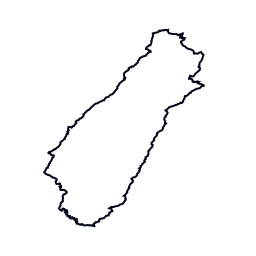 Sai Yok, Kanchanaburi, Thailand (Equal Earth projection), rotated 254°
{"feature_id": "78962969B26028425570589", "entity_name": "Sai Yok", "entity_type": "district", "adm_level": 2, "iso_a3": "THA", "parent_name": "Thailand", "parent_adm1": "Kanchanaburi", "projection": "equal_earth", "projection_center": [98.933, 14.238], "detail": "fine", "context": "isolated", "style": "outline", "palette": "ink", "viewbox_px": 256, "rotation_deg": 254, "n_neighbors": 0, "source": "geoboundaries", "source_scale": "gbopen_adm2", "svg_char_len": 5762}
<svg xmlns="http://www.w3.org/2000/svg" viewBox="0 0 256 256"><g transform="rotate(254 128 128)"><path d="M173.4,132.3L171.5,130.6L170.7,129.0L169.4,129.0L168.9,128.6L167.2,125.8L166.2,124.9L165.6,123.3L164.8,122.5L164.7,120.0L163.3,117.7L163.5,115.6L162.4,113.7L161.2,112.8L161.6,111.6L161.1,110.5L160.9,107.8L160.2,105.6L160.3,103.7L160.0,102.6L157.5,97.5L156.1,95.3L156.0,93.6L155.0,92.3L154.6,90.8L153.5,89.8L153.4,88.8L152.0,88.6L151.4,88.1L150.9,86.4L150.2,85.9L150.4,84.5L149.7,83.1L149.0,82.5L149.3,81.3L148.9,79.8L148.5,79.4L146.9,79.7L146.2,77.8L144.8,76.9L145.1,75.2L144.0,74.4L143.9,73.8L145.0,72.6L145.4,71.4L145.3,70.9L143.5,70.1L142.3,70.5L142.1,69.6L140.8,69.4L141.1,68.8L140.8,68.5L139.6,68.8L138.9,68.4L139.2,68.1L138.9,67.1L137.1,66.2L136.1,64.5L134.9,64.3L134.9,63.5L134.1,62.2L133.2,59.5L132.7,59.0L131.5,58.8L130.0,57.4L129.0,55.6L128.5,53.7L127.6,52.4L127.9,51.2L127.3,50.6L127.2,49.2L126.6,48.4L126.7,45.6L126.0,44.6L125.4,45.0L125.3,45.9L124.7,46.4L123.5,46.5L122.4,48.2L122.3,49.0L121.7,49.1L120.5,48.2L120.6,47.6L120.4,47.2L118.1,45.6L116.3,43.3L115.6,43.2L115.2,42.1L114.2,42.0L113.9,41.1L111.9,40.0L112.0,38.7L109.6,36.7L109.1,35.7L108.2,35.2L105.6,37.3L104.8,38.3L104.7,38.9L103.6,40.1L101.3,41.9L100.3,43.6L98.8,45.2L97.6,45.2L97.5,44.6L95.8,43.5L94.0,43.8L93.4,45.3L93.7,46.6L93.2,47.3L91.0,47.3L90.7,46.6L90.2,47.6L89.5,47.2L89.7,46.3L89.5,46.1L87.1,46.1L86.8,46.6L86.8,47.8L86.3,48.4L86.0,49.6L84.4,51.0L83.3,51.5L82.5,51.0L82.5,50.2L81.8,49.4L81.9,47.8L80.7,46.6L79.4,46.1L78.3,46.3L77.2,45.4L75.6,45.3L74.7,43.2L73.6,42.2L72.3,41.9L69.9,39.6L69.1,39.6L66.7,41.2L67.0,42.2L68.5,42.8L68.6,43.3L67.7,44.5L66.5,44.5L65.8,46.5L65.2,46.8L64.3,46.6L65.1,46.0L64.9,45.3L64.3,45.1L64.4,44.2L63.2,44.6L63.2,45.6L62.7,45.3L62.9,44.9L62.3,44.8L62.4,43.8L61.8,45.5L61.3,45.7L60.5,45.4L60.2,46.3L59.6,46.2L59.5,46.9L59.0,47.4L59.5,47.8L59.4,48.0L58.6,48.0L58.2,47.1L57.7,47.2L58.2,48.1L57.5,48.3L57.9,48.5L57.4,49.0L57.5,49.8L57.1,49.9L57.2,50.2L56.8,50.4L56.4,50.3L56.2,51.2L55.4,50.7L54.8,51.1L55.1,52.5L54.2,52.8L54.5,53.5L53.8,53.5L53.3,53.0L52.6,53.3L52.7,52.3L52.2,52.5L51.8,51.9L51.3,52.0L50.9,52.7L50.0,52.6L49.8,53.7L48.6,54.7L48.3,56.9L47.9,56.6L47.6,57.9L46.9,58.4L46.3,59.4L45.8,62.6L45.2,63.5L45.2,64.1L44.7,64.8L44.8,65.5L43.8,66.9L43.6,67.6L43.0,68.6L43.7,68.8L44.9,68.2L45.7,69.2L45.8,70.3L46.5,71.2L45.9,72.0L46.2,72.7L46.1,74.6L47.6,74.8L48.2,75.4L48.4,77.5L48.0,78.6L48.0,80.1L49.4,82.3L49.6,83.6L49.3,85.2L50.6,85.9L50.9,86.7L51.6,86.7L51.8,87.5L52.3,88.3L52.3,90.1L55.3,89.7L55.6,88.3L56.0,87.9L56.4,90.0L56.7,90.2L56.1,92.5L56.1,95.8L55.8,97.2L56.7,99.4L56.5,100.6L56.7,102.1L57.7,103.4L57.7,103.8L59.2,105.1L59.3,105.7L60.4,106.4L61.3,106.0L62.6,106.6L63.3,106.3L63.9,105.4L64.4,106.7L66.5,109.7L67.3,109.6L69.4,111.7L69.8,112.7L70.9,112.6L72.1,113.6L73.8,115.2L73.9,116.0L74.8,117.7L76.0,118.3L76.9,117.9L77.1,117.5L78.4,117.3L79.0,119.6L79.0,121.7L80.1,123.7L81.4,124.1L82.5,126.2L83.2,127.0L83.9,127.0L84.6,128.0L85.4,128.4L86.0,127.6L86.4,128.1L86.5,128.9L87.6,129.9L88.1,129.7L88.4,130.9L89.2,131.5L91.0,135.0L92.0,134.6L92.3,135.1L92.8,135.2L93.4,136.6L94.2,136.4L95.2,137.0L95.7,139.4L96.4,139.5L97.1,140.4L100.2,141.1L100.5,142.4L101.1,142.6L103.4,146.2L104.8,147.1L105.9,146.1L106.8,146.3L107.8,147.3L109.0,149.8L110.2,149.7L112.0,151.8L112.3,152.9L112.9,153.5L114.0,154.4L114.4,154.1L114.9,154.2L116.0,157.0L116.6,160.2L117.5,161.3L118.9,161.7L120.0,163.3L121.3,164.3L121.9,165.7L122.8,165.0L123.8,165.5L126.4,165.2L128.0,166.1L128.6,167.5L129.5,167.6L130.3,169.1L131.8,170.3L133.5,169.8L134.4,168.9L134.7,168.9L135.1,170.7L136.6,173.3L136.8,179.4L137.1,180.4L136.8,181.7L137.3,182.6L137.3,184.0L137.8,185.6L137.7,186.1L137.3,186.3L137.4,187.1L137.6,187.6L139.1,188.6L141.5,190.9L142.8,191.3L143.1,191.7L142.7,193.0L143.2,194.6L144.8,197.1L144.5,198.1L145.6,198.9L146.2,201.8L146.2,202.7L146.8,204.4L146.5,207.2L146.8,208.6L147.9,210.5L148.0,211.7L147.6,212.4L148.0,212.6L149.3,211.4L150.6,209.1L151.5,208.3L151.8,207.4L152.4,207.3L152.7,208.5L153.0,207.8L153.6,207.8L153.7,206.8L153.4,206.0L153.7,205.6L153.9,204.1L154.5,203.3L154.8,203.5L155.2,203.1L155.4,203.4L155.9,203.0L156.9,203.1L158.3,201.6L158.4,200.2L158.7,200.2L161.2,202.2L160.9,202.8L160.1,203.1L159.6,205.2L160.0,206.0L161.4,207.2L164.0,212.9L165.8,213.8L167.1,212.7L167.6,212.7L168.4,214.0L169.2,213.9L171.2,215.2L173.0,217.7L177.6,220.8L179.1,219.6L180.8,219.3L180.8,217.0L180.2,215.9L180.4,214.8L181.1,213.7L181.3,212.0L184.1,212.2L185.8,210.6L188.3,206.7L190.7,205.3L192.2,203.5L194.4,203.1L195.3,202.4L196.2,202.5L196.7,203.3L196.7,204.0L197.2,204.7L197.4,206.2L198.1,206.1L198.2,206.8L198.9,206.5L199.0,206.8L199.8,205.1L199.6,204.7L199.7,204.2L200.6,203.5L200.6,203.0L200.9,203.0L201.5,203.3L201.6,204.3L202.0,204.3L201.8,205.2L202.3,205.2L202.5,204.7L203.3,206.2L203.1,206.4L203.4,206.7L203.9,206.7L203.6,204.8L203.7,203.0L203.4,201.8L204.9,200.6L205.9,197.1L207.7,193.7L208.5,193.3L210.7,192.9L211.3,193.4L211.5,191.7L212.2,190.5L212.0,189.0L212.7,187.3L212.3,186.0L213.0,184.8L212.1,184.0L211.9,183.3L211.8,182.2L212.2,180.7L211.7,179.6L212.2,178.9L212.1,177.9L209.3,177.3L206.8,175.4L205.5,175.0L205.3,174.5L204.2,174.3L201.9,172.9L201.4,172.1L201.8,171.2L201.2,170.6L200.6,168.4L199.5,167.1L199.0,167.0L198.8,167.7L197.6,169.1L196.9,169.5L196.0,170.8L195.0,170.8L195.2,169.5L194.8,168.7L194.9,168.4L192.5,164.6L192.7,162.2L192.2,160.5L192.1,159.0L191.1,157.8L190.5,157.5L189.7,155.9L188.1,155.4L187.6,153.7L187.0,153.3L186.5,151.5L185.5,150.3L185.7,149.6L186.3,148.8L185.4,147.7L185.7,147.2L185.6,145.8L185.1,145.1L184.4,145.2L184.1,144.4L183.4,144.0L182.8,141.3L181.8,139.5L179.0,138.4L176.8,139.2L176.5,138.7L176.5,137.8L175.4,138.0L174.4,134.6L173.6,133.4L173.4,132.3Z" fill="none" stroke="#020617" stroke-width="2"/></g></svg>